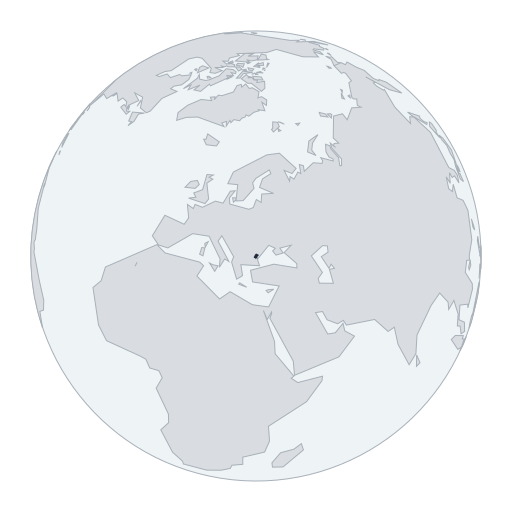 the Earth from above Shumen, rotated 12°
{"feature_id": "BGR-2258", "entity_name": "Shumen", "entity_type": "Province", "adm_level": 1, "iso_a3": "BGR", "parent_name": "Bulgaria", "parent_adm1": "", "projection": "orthographic", "projection_center": [26.96, 43.305], "detail": "fine", "context": "on_globe", "style": "filled", "palette": "slate", "viewbox_px": 512, "rotation_deg": 12, "n_neighbors": 0, "source": "natural_earth", "source_scale": "10m", "svg_char_len": 11318}
<svg xmlns="http://www.w3.org/2000/svg" viewBox="0 0 512 512"><g transform="rotate(12 256 256)"><circle cx="256" cy="256" r="225" fill="#eef3f6" stroke="#a8b0b8"/><path d="M177.2,44.9L184.7,43.2L178.3,45.2L181.7,44.7L189.9,42.3L194.5,40.9L217.3,39.6L244.7,38.0L253.3,36.0L251.4,38.1L267.8,34.1L282.7,34.6L265.9,35.0L264.1,36.0L274.2,36.6L274.6,37.8L279.6,39.0L279.2,40.6L269.4,41.3L268.9,42.5L276.1,42.9L280.1,45.2L269.7,44.2L275.7,48.3L260.4,51.4L232.9,49.7L224.3,54.7L195.6,62.0L198.1,63.4L188.9,67.9L188.3,71.3L183.1,72.2L187.2,74.3L192.0,72.9L195.3,73.4L195.5,75.5L188.9,76.8L187.9,76.0L186.0,77.5L182.7,77.3L184.4,78.5L176.4,80.2L184.4,81.7L178.1,85.8L172.8,86.1L173.3,81.8L162.3,73.8L157.1,73.7L149.2,77.3L134.4,92.4L128.7,94.4L120.9,100.1L124.1,100.6L131.3,96.4L135.2,99.3L143.5,94.4L146.4,95.1L154.9,92.2L153.6,97.3L147.7,104.0L140.5,106.9L137.7,110.1L144.5,111.5L131.2,121.4L122.4,136.3L118.9,138.7L112.1,135.2L112.1,124.2L103.4,121.6L109.0,128.3L100.2,134.9L98.8,138.3L99.2,141.2L102.5,140.7L99.5,144.3L92.8,138.5L95.5,135.2L97.6,136.9L97.5,132.0L92.9,129.1L88.9,133.2L86.3,125.9L83.3,129.0L81.1,129.4L86.0,124.9L77.2,133.1L73.5,129.1L61.4,144.5L73.3,126.9L77.6,120.2L81.8,113.9L79.7,116.2L88.0,106.0L88.6,105.3L101.2,92.3L114.8,80.5L129.3,69.7L144.6,60.2L160.6,51.9L177.2,44.9ZM39.3,194.5L38.5,197.8L36.1,207.2L37.4,203.3L35.4,212.3L34.7,228.6L34.1,229.4L33.1,254.7L36.0,275.3L36.7,285.9L35.9,288.4L37.8,295.2L37.9,298.1L49.0,324.7L57.6,343.4L59.4,353.1L56.1,355.1L62.2,370.9L54.3,356.3L47.4,341.2L41.7,325.6L37.2,309.6L33.8,293.3L31.7,276.8L30.8,260.2L31.1,243.6L32.6,227.1L35.3,210.7L39.3,194.5ZM58.5,148.7L48.7,171.2L51.1,163.4L51.2,163.7L54.3,156.8L59.1,147.0L62.1,141.3L58.5,148.7ZM61.2,147.4L62.6,144.2L61.7,146.7L61.2,147.4ZM196.5,40.2L190.0,42.1L182.4,44.1L187.8,42.3L196.5,40.2ZM211.0,37.9L208.1,38.8L204.6,38.6L207.3,38.1L211.0,37.9ZM259.4,34.7L254.1,34.8L259.2,34.4L259.4,34.7ZM280.4,38.9L281.8,38.6L283.9,39.4L280.4,38.9ZM155.1,89.6L155.0,90.9L153.4,90.8L155.1,89.6ZM158.9,87.3L157.2,86.3L158.7,85.1L159.7,85.7L158.9,87.3ZM285.1,42.6L287.9,44.3L283.3,42.7L285.1,42.6ZM160.7,88.9L161.7,83.1L164.4,81.0L170.7,81.9L160.7,88.9ZM288.4,45.3L295.5,49.7L299.2,49.2L292.7,53.6L288.8,48.1L282.6,46.1L287.2,46.3L288.4,45.3ZM193.5,71.6L188.3,73.1L192.5,70.0L193.5,71.6ZM195.3,69.5L203.3,59.9L211.0,59.0L206.7,62.2L216.5,59.8L216.3,63.9L210.9,66.2L206.0,65.9L209.6,67.8L195.3,69.5ZM287.9,55.5L288.2,56.9L286.0,55.6L287.9,55.5ZM197.0,73.4L197.9,71.4L204.6,70.4L204.0,74.2L202.0,73.3L197.0,73.4ZM219.2,57.3L224.1,57.4L225.2,60.7L227.3,61.3L217.0,64.0L219.2,57.3ZM200.6,74.6L203.5,76.3L200.4,78.7L196.6,75.3L200.6,74.6ZM206.6,68.6L209.8,68.3L207.8,69.7L206.6,68.6ZM191.2,88.9L192.2,86.2L195.8,85.4L191.2,88.9ZM204.8,76.7L205.8,75.9L207.3,75.4L208.5,77.0L204.8,76.7ZM218.5,66.3L218.0,67.8L222.8,65.3L223.8,68.0L216.8,69.4L220.3,69.9L220.6,70.8L214.5,71.0L218.5,66.3ZM214.4,77.1L205.7,80.3L203.2,85.3L199.9,86.1L204.7,77.9L214.4,77.1ZM215.0,73.5L213.8,75.9L210.4,75.5L209.0,73.6L215.0,73.5ZM227.1,69.4L227.3,64.9L228.8,64.8L227.1,69.4ZM214.3,78.6L216.4,77.8L214.5,79.0L214.3,78.6ZM223.9,72.2L223.8,70.6L225.5,70.5L223.9,72.2ZM220.6,77.8L217.9,78.7L216.8,77.4L220.6,77.8ZM222.7,75.3L225.1,75.5L218.1,76.4L222.4,74.5L222.7,75.3ZM225.6,72.4L226.6,71.8L225.4,73.1L225.6,72.4ZM226.2,82.4L217.6,83.8L215.3,80.8L224.0,79.8L226.2,82.4ZM116.3,356.2L103.1,320.7L109.7,312.3L111.0,298.1L156.7,265.5L166.4,271.9L202.3,273.7L206.8,276.4L202.4,287.9L229.3,305.6L238.1,296.3L262.6,304.4L278.9,303.2L284.9,280.5L258.1,282.1L253.6,271.1L275.1,260.3L298.5,259.2L297.5,255.0L282.8,246.8L288.2,238.1L277.7,243.3L281.9,247.4L275.4,251.0L271.2,247.6L273.3,244.4L266.2,242.9L258.1,258.9L261.5,264.8L243.0,267.6L246.9,278.0L241.9,282.7L233.4,267.0L234.3,261.3L218.4,243.3L215.8,249.4L230.6,267.0L226.0,265.4L222.5,274.7L221.5,266.4L206.0,246.4L189.4,247.3L168.1,266.4L158.4,265.5L150.4,257.8L158.4,235.1L179.1,239.9L182.2,232.7L178.2,219.8L184.8,222.6L185.7,218.2L193.5,219.5L204.8,210.8L212.8,211.1L217.4,197.9L222.1,196.5L218.0,204.6L219.5,210.6L239.3,211.8L243.2,209.2L244.6,200.7L249.9,202.5L248.7,194.2L260.2,191.1L245.2,188.2L246.4,179.1L253.4,172.3L251.1,169.0L239.7,180.1L237.5,185.2L240.0,190.2L231.9,204.5L225.0,206.3L223.3,190.0L213.4,191.1L216.4,178.6L245.5,154.9L257.5,150.6L277.0,162.0L274.1,167.8L265.7,166.4L273.3,175.9L272.8,171.2L277.2,172.9L279.5,165.2L282.7,166.1L279.4,157.5L283.6,157.8L285.6,163.2L292.6,152.9L301.4,151.7L301.4,149.0L298.9,146.4L311.8,147.0L311.2,145.1L306.8,144.0L302.8,139.6L300.8,132.2L305.3,132.8L306.7,135.5L316.3,142.6L319.2,150.3L320.9,149.8L319.5,143.3L307.7,134.6L305.2,130.1L311.3,133.3L308.8,131.8L309.0,129.7L313.5,128.4L307.0,124.5L302.8,103.0L311.0,98.9L316.9,103.8L318.8,91.2L327.8,88.6L323.7,87.5L321.9,81.4L319.0,82.1L316.9,81.2L310.8,67.2L312.9,64.8L305.7,58.7L303.6,58.2L301.6,59.6L292.7,53.6L299.2,49.2L303.6,50.3L304.7,47.3L314.7,50.4L323.4,52.0L333.7,57.9L339.8,59.0L339.5,57.8L347.4,58.9L364.8,66.3L352.0,65.6L326.1,58.0L336.8,61.3L334.8,62.3L338.8,64.8L346.3,67.3L346.9,66.4L360.8,81.5L379.6,94.3L377.4,87.8L381.6,87.3L401.0,98.8L426.2,129.4L432.1,131.0L436.2,135.2L439.3,142.3L433.5,136.3L431.6,138.4L427.9,134.3L430.9,144.5L425.6,139.0L430.5,150.1L434.7,152.1L434.0,144.8L440.6,157.3L447.0,158.5L453.8,167.3L463.7,195.2L464.5,211.7L465.9,215.5L463.0,216.4L464.1,228.5L473.2,237.9L474.6,243.3L474.0,262.7L473.2,259.1L465.7,261.6L467.8,276.1L473.6,277.4L475.7,286.3L472.8,289.5L470.2,282.1L467.5,282.6L465.8,270.8L458.8,258.3L455.6,268.2L453.5,261.2L443.4,254.0L437.6,267.8L429.9,299.8L432.7,318.2L428.4,330.5L413.3,312.9L406.1,296.9L400.9,302.3L385.2,293.4L358.8,304.8L354.8,300.8L349.9,305.3L338.8,303.6L332.6,296.5L326.0,299.0L342.4,317.4L349.5,314.6L355.1,303.7L358.4,310.8L369.0,313.9L358.1,337.4L318.5,364.7L314.3,351.1L282.5,314.0L283.3,309.0L283.2,308.5L282.8,307.5L280.2,315.8L274.6,307.8L291.9,335.7L295.0,347.6L318.0,365.6L315.9,368.3L323.2,371.1L346.1,359.7L346.4,364.4L335.7,388.0L303.6,419.9L307.7,434.2L305.2,446.0L284.9,455.5L286.4,462.5L275.9,465.7L275.0,469.1L266.4,472.8L252.2,475.7L228.2,474.5L226.9,472.0L215.2,465.3L199.0,445.8L205.2,437.2L203.2,428.8L185.8,406.0L189.6,394.6L184.9,388.4L175.3,387.6L169.8,379.9L164.0,378.1L127.4,369.9L116.3,356.2ZM141.0,286.9L139.8,291.1L141.0,286.9ZM323.6,269.4L337.4,266.6L330.6,253.8L335.3,251.8L331.2,248.4L330.0,252.9L320.0,243.1L325.7,237.2L323.7,231.3L319.0,232.0L310.1,244.4L324.4,258.3L321.5,264.9L323.6,269.4ZM34.7,229.0L34.4,232.8L34.2,230.2L34.7,229.0ZM49.8,165.7L48.5,169.1L47.2,172.2L47.9,170.1L49.8,165.7ZM42.9,193.6L42.2,198.2L42.2,194.9L42.9,193.6ZM47.5,174.6L43.4,190.2L43.5,185.0L46.4,175.4L45.4,179.9L47.5,174.6ZM58.5,150.6L57.3,153.2L56.5,154.1L58.5,150.6ZM60.5,149.3L60.7,148.6L62.0,146.4L60.5,149.3ZM100.7,135.2L101.1,135.8L100.8,139.1L99.4,138.4L100.7,135.2ZM108.7,149.6L103.7,155.1L106.3,150.5L103.4,150.4L105.3,140.9L117.3,139.4L111.5,141.6L108.7,149.6ZM111.1,128.5L108.5,134.3L110.9,128.1L111.1,128.5ZM183.0,194.3L185.6,197.9L182.4,202.5L172.3,203.5L176.7,196.6L183.0,194.3ZM190.0,202.2L191.1,186.5L197.4,185.7L193.7,188.7L197.8,189.8L192.8,195.0L197.8,210.1L195.3,215.3L178.0,213.4L185.0,211.0L182.0,207.3L190.0,202.2ZM182.8,152.2L183.4,146.6L196.4,152.0L194.4,156.6L184.2,157.5L180.5,152.6L182.8,152.2ZM171.5,92.1L170.9,90.5L172.7,90.0L174.7,91.0L171.5,92.1ZM191.4,87.7L176.1,99.0L174.7,97.6L167.5,106.5L160.8,106.4L165.7,100.5L155.1,107.5L156.8,102.1L150.2,107.4L161.7,94.3L162.8,90.2L164.1,94.7L170.2,94.8L173.2,93.6L182.5,87.4L187.9,79.1L194.8,78.4L198.3,80.0L198.1,81.9L193.6,81.7L196.5,84.3L189.9,85.6L191.4,87.7ZM234.9,106.5L229.8,104.4L234.5,112.1L227.9,112.4L228.8,113.3L224.0,115.9L219.9,120.7L216.9,120.1L216.5,122.3L213.4,124.2L211.9,127.1L206.0,127.2L203.8,130.8L202.3,128.8L199.9,135.1L199.1,130.5L194.9,133.0L197.9,136.1L170.0,132.2L159.0,134.9L150.2,139.8L149.9,132.0L157.9,122.7L169.8,114.3L180.4,113.2L178.3,110.2L182.8,108.8L182.6,111.8L185.7,106.5L189.3,106.3L199.8,100.3L202.0,93.3L205.9,91.2L206.9,93.8L210.1,89.9L214.6,93.5L217.5,92.2L224.8,94.7L225.0,100.9L228.3,99.0L234.0,101.1L234.9,106.5ZM228.1,83.3L229.8,90.1L227.1,93.8L215.5,88.0L212.2,88.8L204.7,85.7L208.8,80.5L210.6,81.8L213.3,81.9L210.9,83.5L214.8,82.3L217.4,84.2L221.1,83.8L220.7,86.1L228.1,83.3ZM212.0,272.5L215.4,273.5L220.9,273.5L218.8,279.6L212.0,272.5ZM201.2,259.0L204.3,258.7L204.1,266.8L200.5,266.0L201.2,259.0ZM206.3,251.9L204.5,258.1L203.3,254.3L206.3,251.9ZM221.0,203.9L224.4,203.3L224.6,205.3L222.7,208.1L221.0,203.9ZM247.2,131.1L244.8,128.9L245.8,127.9L244.5,121.3L249.3,120.8L251.9,124.6L247.2,131.1ZM280.3,284.8L275.5,289.5L273.0,287.6L275.2,286.3L280.3,284.8ZM245.6,285.6L253.4,288.5L244.9,287.2L245.6,285.6ZM252.2,129.5L251.1,126.8L254.2,128.2L252.2,129.5ZM252.7,120.2L256.3,121.2L249.7,120.0L252.7,120.2ZM342.7,435.8L326.3,456.7L316.0,459.1L314.6,455.0L321.0,443.3L333.2,437.1L339.4,430.1L342.7,435.8ZM477.3,298.4L476.7,301.3L475.1,306.4L476.0,301.9L478.5,291.0L477.3,298.4ZM475.9,302.4L472.8,305.4L464.4,297.1L467.5,292.3L475.4,290.8L475.0,294.2L476.9,293.8L475.9,302.4ZM480.4,275.8L480.0,279.1L479.4,282.5L479.1,276.3L479.3,269.9L480.0,266.3L479.6,235.8L480.1,234.6L480.9,245.8L481.1,247.3L480.4,275.8ZM433.7,319.3L438.6,326.3L435.9,330.6L433.7,319.3ZM477.2,218.7L478.9,231.6L476.6,216.9L477.2,218.7ZM474.5,206.9L475.6,210.0L474.7,209.0L474.5,206.9ZM468.0,220.4L467.4,225.1L466.3,222.8L466.4,215.3L468.0,220.4ZM459.0,174.9L463.1,182.0L464.5,185.2L462.2,182.7L459.0,174.9ZM291.3,124.4L287.8,133.8L288.5,140.9L293.8,145.2L284.8,143.5L283.8,132.5L291.3,124.4ZM301.0,105.4L296.3,102.2L299.2,101.3L300.7,101.9L301.0,105.4ZM297.5,105.1L290.0,105.7L288.0,102.4L294.3,102.6L297.5,105.1ZM271.1,116.9L269.8,119.6L267.3,118.3L271.1,116.9ZM477.7,216.2L477.7,215.9L478.7,222.2L475.6,205.8L475.8,206.8L477.7,216.2ZM476.0,208.2L477.1,214.0L475.3,205.3L476.0,208.2ZM476.7,212.9L475.6,209.2L475.4,206.8L476.7,212.9ZM475.7,206.4L473.6,198.7L474.5,201.3L475.7,206.4ZM472.8,201.4L474.2,201.7L474.3,207.1L469.2,194.4L468.8,190.5L472.8,201.4ZM438.2,131.5L435.4,129.0L433.6,125.1L436.0,127.9L438.2,131.5ZM425.2,111.7L432.2,123.4L437.4,133.5L438.2,132.8L443.5,140.1L439.9,138.2L432.7,127.0L429.6,120.4L424.6,115.1L419.6,108.2L413.6,103.7L409.9,99.7L414.4,102.0L425.2,111.7ZM411.2,102.1L399.0,93.2L397.7,88.9L400.1,89.8L406.2,95.6L406.5,97.5L411.2,102.1ZM395.6,89.9L395.8,91.9L378.3,85.9L374.3,83.7L386.9,85.2L387.8,87.2L392.3,89.6L395.6,89.9ZM290.5,56.8L288.4,56.9L289.5,55.9L290.5,56.8ZM315.4,81.7L312.7,80.3L314.2,79.0L315.4,81.7ZM306.1,75.9L306.3,78.3L304.2,75.5L306.1,75.9ZM307.2,83.8L305.5,79.1L309.9,84.0L307.2,83.8Z" fill="#d9dde1" stroke="#a8b0b8" stroke-width="1"/><path d="M254.9,257.5L254.8,257.4L254.9,257.2L255.0,257.2L255.1,256.9L255.1,256.7L255.3,256.6L255.4,256.4L255.4,256.2L255.4,255.9L255.5,255.8L255.5,255.6L255.3,255.6L255.3,255.4L255.4,255.2L255.5,255.2L255.7,254.9L255.8,254.8L256.1,254.6L256.1,254.4L256.3,254.4L256.5,254.6L256.8,254.7L256.9,254.8L257.0,254.9L257.3,254.8L257.3,255.0L257.1,255.0L256.9,255.2L257.1,255.2L257.0,255.3L257.0,255.6L256.9,255.6L256.9,255.8L257.0,255.9L256.9,256.0L256.7,256.2L256.6,256.3L256.6,256.5L256.6,256.8L256.7,257.0L256.4,257.1L256.4,257.3L256.5,257.4L256.3,257.4L256.2,257.5L256.1,257.4L255.9,257.4L255.9,257.5L255.8,257.4L255.6,257.4L255.4,257.6L255.2,257.6L255.1,257.4L254.9,257.5Z" fill="#64748b" stroke="#1e293b" stroke-width="1.5"/></g></svg>